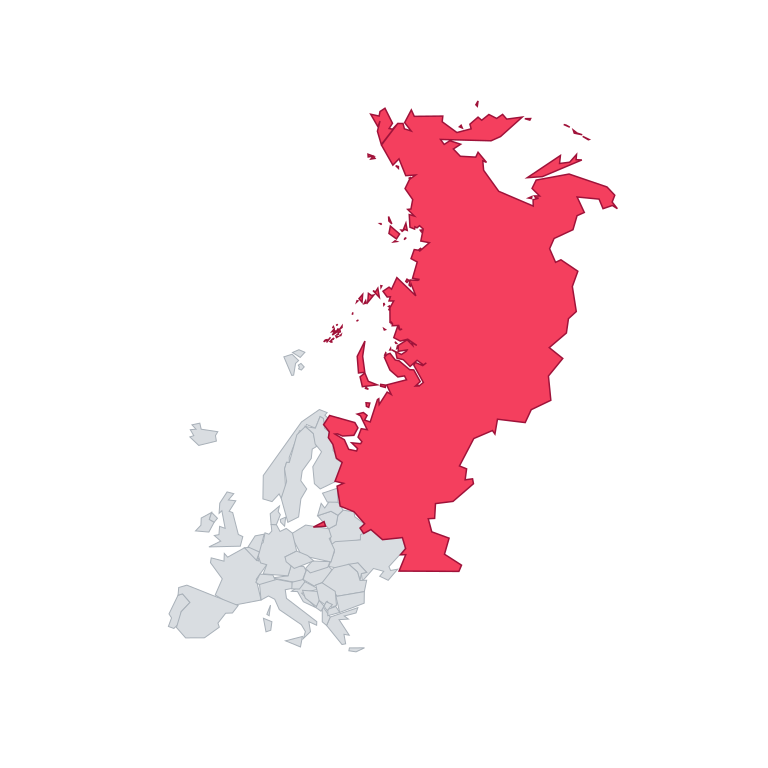 Europe, with Russia highlighted, rotated 287°
{"feature_id": "RUS", "entity_name": "Russia", "entity_type": "country or territory", "adm_level": 0, "iso_a3": "RUS", "parent_name": "Europe", "parent_adm1": "", "projection": "albers", "projection_center": [98.07, 61.527], "detail": "fine", "context": "in_parent", "style": "filled", "palette": "rose", "viewbox_px": 768, "rotation_deg": 287, "n_neighbors": 38, "source": "natural_earth", "source_scale": "50m", "svg_char_len": 13701}
<svg xmlns="http://www.w3.org/2000/svg" viewBox="0 0 768 768"><g transform="rotate(287 384 384)"><path d="M380.7,280.3L385.6,287.4L381.5,295.5L377.8,293.4L366.1,295.0L365.2,293.3L380.7,280.3ZM334.6,341.0L328.6,337.9L333.3,336.2L334.2,332.4L321.7,331.3L322.6,321.7L315.3,321.5L314.6,316.9L286.1,314.8L281.3,316.4L280.6,313.7L273.8,313.7L254.2,320.8L244.7,319.1L248.2,315.8L238.8,311.3L238.7,301.8L261.2,295.3L323.6,316.2L340.7,329.7L340.0,338.0L336.9,336.6L334.6,341.0ZM391.2,299.1L384.9,296.1L387.4,287.3L391.9,292.6L391.2,299.1ZM377.0,302.7L373.2,300.9L373.5,297.9L375.4,298.1L377.0,296.5L379.4,298.6L377.0,302.7Z" fill="#d9dde1" stroke="#a8b0b8" stroke-width="1"/><path d="M186.6,298.5L176.9,324.7L159.9,318.9L141.5,329.6L127.8,303.6L132.9,284.3L150.4,286.3L162.4,270.3L167.2,269.6L167.8,282.8L175.3,280.8L172.7,285.1L186.6,298.5ZM129.5,339.3L139.4,340.1L128.8,341.9L129.5,339.3Z" fill="#d9dde1" stroke="#a8b0b8" stroke-width="1"/><path d="M244.7,319.1L262.3,319.4L273.8,313.7L280.6,313.7L281.3,316.4L309.9,315.5L320.4,321.2L316.0,330.9L304.5,337.7L300.8,334.4L291.6,336.2L277.0,331.2L267.2,332.7L261.0,340.8L249.9,338.1L231.9,341.2L223.6,332.5L244.7,319.1Z" fill="#d9dde1" stroke="#a8b0b8" stroke-width="1"/><path d="M251.4,381.8L253.0,392.6L248.5,394.9L244.3,406.6L239.7,403.1L235.2,408.3L228.0,407.0L215.2,380.7L229.4,373.5L235.3,379.4L245.0,378.3L251.4,381.8Z" fill="#d9dde1" stroke="#a8b0b8" stroke-width="1"/><path d="M207.6,444.8L210.9,451.2L197.5,445.4L198.9,436.1L204.8,438.5L204.5,427.9L189.1,420.9L196.1,417.8L198.8,422.5L205.3,411.3L194.7,397.6L193.4,384.4L209.0,385.7L215.2,380.7L219.0,383.5L228.0,407.0L232.9,405.6L241.0,414.1L235.2,426.4L242.6,446.3L232.9,452.6L210.8,442.1L207.6,444.8Z" fill="#d9dde1" stroke="#a8b0b8" stroke-width="1"/><path d="M229.4,373.5L222.5,378.3L220.2,376.8L210.9,385.2L198.3,385.4L195.9,355.4L209.5,341.6L214.6,340.1L226.2,350.3L229.4,373.5Z" fill="#d9dde1" stroke="#a8b0b8" stroke-width="1"/><path d="M182.6,364.1L172.1,363.3L168.3,357.9L165.9,333.8L172.5,348.3L182.5,348.3L186.1,360.6L182.6,364.1Z" fill="#d9dde1" stroke="#a8b0b8" stroke-width="1"/><path d="M193.4,384.4L191.3,388.4L178.5,385.8L170.4,376.2L173.4,363.8L182.6,364.1L193.4,384.4Z" fill="#d9dde1" stroke="#a8b0b8" stroke-width="1"/><path d="M201.3,403.0L205.3,411.3L198.8,422.5L196.1,417.8L189.1,418.5L196.5,413.6L201.3,403.0Z" fill="#d9dde1" stroke="#a8b0b8" stroke-width="1"/><path d="M189.1,418.5L191.3,424.8L179.7,425.9L167.3,401.2L175.8,382.9L193.4,389.6L201.3,403.0L196.5,413.6L189.1,418.5Z" fill="#d9dde1" stroke="#a8b0b8" stroke-width="1"/><path d="M245.0,378.3L235.3,379.4L229.4,373.5L238.6,359.0L246.8,370.5L245.0,378.3Z" fill="#d9dde1" stroke="#a8b0b8" stroke-width="1"/><path d="M257.5,374.6L251.4,381.8L245.0,378.3L246.8,370.5L238.6,359.0L251.5,358.8L248.1,363.6L257.0,366.4L257.5,374.6Z" fill="#d9dde1" stroke="#a8b0b8" stroke-width="1"/><path d="M270.7,369.8L257.5,374.6L254.5,364.3L261.6,357.1L270.7,369.8Z" fill="#d9dde1" stroke="#a8b0b8" stroke-width="1"/><path d="M214.6,340.1L198.7,349.3L189.7,339.9L182.5,348.3L172.5,348.3L167.1,324.0L176.9,324.7L176.8,318.3L182.4,314.4L193.8,311.9L197.0,314.8L206.9,313.7L206.7,317.9L210.6,319.7L216.6,317.1L218.0,322.2L212.6,327.7L217.3,332.7L214.6,340.1Z" fill="#d9dde1" stroke="#a8b0b8" stroke-width="1"/><path d="M169.2,398.7L167.3,401.2L179.7,425.9L168.6,429.1L152.6,408.4L169.2,398.7Z" fill="#d9dde1" stroke="#a8b0b8" stroke-width="1"/><path d="M126.0,442.5L119.7,435.6L118.6,428.4L121.5,428.1L126.0,442.5ZM145.4,400.7L162.5,424.4L156.9,424.2L150.5,413.8L148.8,418.7L145.5,409.9L133.6,424.2L132.9,418.9L124.3,423.3L122.6,420.0L136.3,399.7L145.4,400.7Z" fill="#d9dde1" stroke="#a8b0b8" stroke-width="1"/><path d="M145.4,400.7L136.3,399.7L138.5,394.5L153.9,389.8L145.4,400.7Z" fill="#d9dde1" stroke="#a8b0b8" stroke-width="1"/><path d="M171.8,366.2L168.8,381.6L159.9,366.4L150.2,384.3L152.2,370.5L160.2,362.0L158.7,356.2L171.8,366.2Z" fill="#d9dde1" stroke="#a8b0b8" stroke-width="1"/><path d="M168.8,333.6L162.9,338.8L154.9,325.8L156.9,319.4L165.9,320.9L168.8,333.6Z" fill="#d9dde1" stroke="#a8b0b8" stroke-width="1"/><path d="M181.9,313.4L178.1,315.9L178.1,313.6L181.9,313.4Z" fill="#d9dde1" stroke="#a8b0b8" stroke-width="1"/><path d="M186.9,314.0L178.1,313.6L186.6,298.5L190.5,308.3L186.9,314.0Z" fill="#d9dde1" stroke="#a8b0b8" stroke-width="1"/><path d="M205.4,313.3L186.9,314.0L188.4,301.6L201.1,305.2L205.4,313.3Z" fill="#d9dde1" stroke="#a8b0b8" stroke-width="1"/><path d="M121.8,248.8L124.4,252.7L118.4,262.3L106.9,256.6L96.8,259.1L88.8,254.5L89.1,248.7L98.2,249.2L101.3,245.6L121.8,248.8Z" fill="#d9dde1" stroke="#a8b0b8" stroke-width="1"/><path d="M90.5,256.7L106.9,256.6L118.4,262.3L124.4,252.7L121.8,248.8L129.4,247.2L134.0,254.3L129.5,309.3L120.7,306.0L118.5,299.6L106.8,295.1L103.3,297.6L88.8,286.5L83.2,268.5L90.5,256.7Z" fill="#d9dde1" stroke="#a8b0b8" stroke-width="1"/><path d="M202.2,262.0L191.2,259.8L188.4,246.7L195.4,250.2L202.4,248.4L210.8,256.7L203.4,256.6L202.2,262.0Z" fill="#d9dde1" stroke="#a8b0b8" stroke-width="1"/><path d="M165.7,338.4L167.6,354.1L162.0,356.5L158.4,349.7L150.5,353.4L137.1,389.2L133.6,390.1L134.7,381.6L125.7,386.1L117.0,381.3L124.3,381.2L129.7,375.3L137.6,349.9L146.2,342.4L147.5,335.5L141.5,329.6L155.9,323.6L165.7,338.4ZM109.6,364.9L118.7,379.8L108.1,381.0L109.6,364.9ZM124.7,337.2L123.9,346.3L115.4,347.7L112.5,343.6L124.7,337.2Z" fill="#d9dde1" stroke="#a8b0b8" stroke-width="1"/><path d="M218.0,322.2L216.6,317.1L226.7,313.1L236.8,319.7L231.0,320.1L228.7,323.1L218.0,322.2ZM227.9,328.9L219.0,330.5L221.6,325.6L224.2,324.4L227.9,328.9Z" fill="#d9dde1" stroke="#a8b0b8" stroke-width="1"/><path d="M202.2,262.0L203.4,256.6L210.8,256.7L206.9,264.0L202.2,262.0ZM199.5,274.3L215.4,266.0L212.1,264.1L222.1,261.8L234.9,265.5L235.2,272.4L227.6,269.1L229.0,276.4L217.0,273.1L216.8,276.9L197.5,288.7L196.8,293.6L186.9,294.0L177.0,264.2L186.0,273.8L189.5,266.0L191.7,270.2L199.8,268.4L199.5,274.3Z" fill="#d9dde1" stroke="#a8b0b8" stroke-width="1"/><path d="M289.8,239.0L285.4,237.9L280.4,240.4L271.1,224.8L276.6,213.8L279.0,217.2L283.7,212.1L285.8,217.5L288.8,212.3L292.7,219.3L287.3,222.4L289.8,239.0Z" fill="#d9dde1" stroke="#a8b0b8" stroke-width="1"/><path d="M167.6,354.1L173.4,363.8L171.8,366.2L163.2,363.1L161.1,355.7L167.6,354.1Z" fill="#d9dde1" stroke="#a8b0b8" stroke-width="1"/><path d="M333.3,336.2L324.3,340.0L322.3,345.6L316.7,346.3L311.6,353.0L305.6,354.6L302.5,359.4L298.1,360.8L296.4,367.1L292.9,368.0L276.9,366.5L265.0,353.7L268.3,346.6L284.1,340.1L300.9,344.1L306.5,335.7L316.0,330.9L320.4,321.2L321.7,331.3L334.2,332.4L333.3,336.2Z" fill="#d9dde1" stroke="#a8b0b8" stroke-width="1"/><path d="M198.3,384.3L192.3,383.8L181.8,368.7L184.7,362.9L193.8,367.2L198.3,384.3Z" fill="#d9dde1" stroke="#a8b0b8" stroke-width="1"/><path d="M198.7,349.3L197.6,361.1L194.3,368.4L181.4,352.1L185.4,342.4L189.7,339.9L198.7,349.3Z" fill="#d9dde1" stroke="#a8b0b8" stroke-width="1"/><path d="M151.4,384.4L156.2,371.4L162.9,366.4L166.5,382.5L158.7,386.2L151.4,384.4Z" fill="#d9dde1" stroke="#a8b0b8" stroke-width="1"/><path d="M157.2,402.9L152.6,408.4L146.0,398.0L152.1,396.2L157.2,402.9Z" fill="#d9dde1" stroke="#a8b0b8" stroke-width="1"/><path d="M171.9,377.5L175.8,382.9L171.4,398.0L158.4,403.3L155.0,399.4L159.6,393.2L155.7,391.9L158.0,385.3L171.9,377.5Z" fill="#d9dde1" stroke="#a8b0b8" stroke-width="1"/><path d="M154.0,391.6L148.3,390.2L150.2,384.3L158.0,385.3L154.0,391.6Z" fill="#d9dde1" stroke="#a8b0b8" stroke-width="1"/><path d="M150.6,395.9L154.0,391.6L158.9,392.5L158.0,399.1L150.6,395.9Z" fill="#d9dde1" stroke="#a8b0b8" stroke-width="1"/><path d="M624.7,549.0L619.9,555.9L621.5,550.2L615.7,542.2L623.7,535.6L619.3,514.0L606.6,525.4L601.4,519.4L586.8,519.6L572.9,504.1L561.8,502.8L550.5,512.5L554.5,516.9L548.5,536.4L532.3,535.6L509.5,546.7L500.4,541.3L486.1,543.5L467.1,531.4L460.7,547.5L439.7,538.9L417.2,548.3L402.5,532.3L388.4,530.3L383.5,502.8L368.6,504.7L371.2,501.3L358.1,485.8L327.7,480.1L327.0,487.8L316.1,489.6L319.2,496.4L314.8,498.7L291.9,484.3L284.7,468.2L270.3,471.7L268.1,465.7L256.6,472.9L255.6,491.3L238.9,491.6L233.4,511.1L226.7,510.4L209.5,453.1L227.1,454.7L225.5,449.7L233.0,452.8L242.5,446.5L234.7,428.1L241.0,414.0L235.1,408.3L239.2,403.2L244.7,406.4L253.1,392.6L254.4,377.8L272.6,369.0L277.2,374.3L276.7,365.6L296.8,366.9L299.1,360.1L311.3,352.8L316.4,346.5L322.2,345.7L327.5,338.1L338.0,341.2L338.6,367.4L334.4,371.9L326.1,370.2L322.1,359.5L322.8,354.1L321.8,351.7L319.1,362.4L311.2,369.3L311.9,377.4L314.5,377.6L318.3,370.3L320.1,379.1L322.4,379.7L325.6,374.7L334.6,375.3L335.4,381.3L346.7,370.8L347.4,367.2L350.7,372.6L349.0,377.0L343.8,376.0L343.7,381.9L367.2,382.3L368.4,383.3L363.0,385.4L377.2,389.4L376.1,394.0L383.9,386.8L394.6,404.3L397.7,401.2L394.8,395.2L399.1,385.6L409.7,376.5L413.3,378.4L415.1,380.8L410.2,387.8L410.6,391.6L405.2,404.3L406.2,408.3L396.9,417.9L391.2,414.6L392.4,418.1L397.0,421.2L410.6,407.1L413.8,407.4L412.9,415.7L416.6,418.3L413.8,416.2L416.3,408.7L408.4,403.8L412.9,395.4L412.5,388.9L417.9,385.8L419.0,381.4L417.3,392.0L421.9,395.8L423.3,396.1L419.4,388.0L425.1,386.4L433.0,393.2L429.3,400.2L431.6,398.7L430.5,404.1L433.8,393.6L429.8,387.0L431.2,379.8L443.1,380.2L440.6,382.8L440.5,383.6L441.9,385.3L440.7,383.2L444.3,380.9L442.1,374.8L444.0,374.6L445.4,372.8L444.8,371.7L457.3,367.8L455.9,366.8L466.2,369.0L464.9,364.5L469.3,364.6L468.1,361.6L472.4,355.9L478.1,360.5L476.9,363.5L489.5,365.2L477.6,388.7L487.5,380.7L485.2,380.6L486.0,379.0L491.1,378.6L492.9,385.8L493.6,386.8L494.3,386.8L493.5,380.4L510.4,380.1L511.8,373.2L521.4,373.6L522.0,377.7L524.9,379.6L521.1,379.0L532.4,386.1L531.5,377.4L543.7,376.2L545.8,371.7L543.0,369.9L543.4,367.6L541.1,368.0L541.5,363.0L553.4,358.6L553.5,363.9L557.9,355.6L559.2,358.6L568.8,357.5L577.0,347.0L587.2,348.6L593.1,353.1L589.6,343.9L603.7,332.5L595.9,328.5L611.8,311.7L637.2,321.0L638.7,326.0L634.0,328.9L633.9,336.0L640.0,327.3L654.1,330.0L648.8,334.7L657.4,361.9L651.8,363.0L645.8,380.2L653.5,392.7L657.6,390.2L666.7,395.9L664.8,400.3L672.4,405.5L670.9,414.1L676.5,418.6L673.2,423.9L679.7,438.2L654.7,423.1L647.9,415.3L634.4,366.5L630.7,371.5L635.9,375.9L635.7,387.2L629.0,381.6L624.1,390.4L627.8,405.4L633.1,406.2L625.9,417.2L626.3,413.2L617.5,416.8L601.8,437.4L597.8,474.7L603.8,472.7L606.9,477.5L606.5,474.5L607.8,472.8L609.3,477.9L614.3,468.4L623.5,469.9L638.9,499.6L637.6,539.7L632.0,549.5L624.7,549.0ZM612.2,311.4L623.8,303.8L634.3,303.3L628.2,303.0L638.1,292.4L638.8,301.0L643.4,300.5L648.0,304.3L635.8,315.9L629.8,314.2L630.2,317.6L637.2,321.0L612.2,311.4ZM419.5,353.2L404.2,355.5L389.6,362.2L387.1,356.4L402.6,350.3L419.5,353.2ZM623.2,460.7L654.1,485.9L646.2,487.4L650.4,496.7L659.8,501.0L654.7,502.1L656.1,507.7L628.6,474.8L623.2,460.7ZM383.9,359.0L388.9,362.5L382.0,368.2L381.2,377.7L375.1,364.1L383.9,359.0ZM526.4,353.5L529.4,344.7L536.9,343.9L532.0,355.1L526.4,353.5ZM457.2,344.6L466.1,342.6L465.0,346.2L466.2,348.3L457.2,344.6ZM458.3,335.1L463.5,337.4L455.8,339.1L458.3,335.1ZM470.1,346.2L469.6,348.9L473.8,350.1L465.5,354.2L470.1,346.2ZM539.4,344.7L541.3,341.0L545.5,339.4L539.4,344.7ZM226.5,358.3L234.9,366.9L230.9,369.7L226.5,358.3ZM409.9,317.9L413.0,319.2L406.9,316.9L409.9,317.9ZM538.0,357.4L544.2,357.9L537.7,361.3L538.0,357.4ZM598.8,307.0L596.5,302.5L599.1,301.5L598.8,307.0ZM361.6,376.0L357.2,376.2L357.5,373.7L360.8,372.3L361.6,376.0ZM415.7,320.3L418.6,321.1L419.0,322.9L415.7,320.3ZM423.6,325.5L421.1,327.0L419.8,325.1L421.2,324.0L423.6,325.5ZM425.8,327.3L423.9,325.8L427.2,326.9L425.8,327.3ZM383.4,385.7L381.1,386.2L380.9,381.4L382.7,381.0L383.4,385.7ZM458.4,342.1L456.2,343.4L455.0,341.4L458.4,342.1ZM418.8,318.9L422.0,320.3L420.0,321.0L418.8,318.9ZM598.8,307.0L597.1,309.4L595.3,305.7L598.8,307.0ZM408.9,315.0L410.1,317.1L406.7,314.0L408.9,315.0ZM414.2,376.8L411.0,376.1L414.4,376.5L414.2,376.8ZM491.0,375.3L490.4,377.5L487.8,376.3L488.5,374.8L491.0,375.3ZM596.2,331.4L596.2,334.2L594.5,334.7L596.2,331.4ZM418.1,325.8L417.2,324.1L419.0,326.3L418.1,325.8ZM420.5,321.5L420.4,323.5L419.3,321.5L420.5,321.5ZM682.2,490.7L680.4,495.4L680.3,500.7L679.5,492.6L682.2,490.7ZM415.8,324.0L415.8,326.1L414.6,325.0L415.8,324.0ZM425.0,385.7L422.3,386.3L421.8,385.9L425.0,385.7ZM654.0,382.1L651.7,384.0L652.0,380.9L654.0,382.1ZM536.2,355.3L536.8,357.8L535.3,356.7L536.2,355.3ZM604.1,467.8L606.5,470.6L604.5,470.9L604.1,467.8ZM678.9,441.1L680.7,446.6L679.0,446.3L678.9,441.1ZM413.4,322.8L411.9,322.3L411.8,321.6L413.4,322.8ZM427.7,382.2L426.5,384.2L426.3,383.5L427.7,382.2ZM524.2,352.7L524.0,354.5L522.7,351.7L524.2,352.7ZM677.3,508.0L678.9,501.6L677.8,508.7L677.3,508.0ZM455.8,333.9L455.8,334.7L454.4,333.9L455.8,333.9ZM375.5,367.8L374.4,370.6L374.4,367.6L375.5,367.8ZM423.7,324.0L422.6,324.2L422.0,323.5L423.7,324.0ZM443.4,333.3L441.7,333.5L441.7,333.3L443.4,333.3ZM677.9,390.2L682.2,391.2L676.9,392.0L677.9,390.2ZM589.1,348.8L588.6,349.1L587.8,347.4L589.1,348.8ZM684.8,482.5L683.9,486.6L684.7,480.0L684.8,482.5ZM423.8,319.1L422.4,318.4L424.1,318.8L423.8,319.1ZM409.9,321.4L408.8,321.8L408.7,321.2L409.9,321.4ZM427.6,322.2L426.7,321.9L426.1,321.1L427.6,322.2ZM418.5,328.5L417.7,328.5L417.5,327.9L418.5,328.5ZM459.4,365.7L460.8,366.8L459.3,366.2L459.4,365.7ZM436.0,339.3L437.4,340.4L437.6,340.8L436.0,339.3ZM461.4,360.0L460.3,361.2L459.4,360.8L461.4,360.0ZM419.9,379.9L418.6,380.5L418.3,379.6L419.9,379.9ZM393.4,416.3L392.3,417.4L392.1,415.6L393.4,416.3ZM529.5,361.4L530.4,362.5L527.9,361.1L529.5,361.4ZM436.9,367.7L436.4,369.4L435.8,368.5L436.9,367.7ZM541.7,373.7L542.2,374.8L540.7,374.9L541.7,373.7ZM443.2,373.3L444.6,372.9L444.7,373.2L443.2,373.3ZM477.1,352.3L477.2,353.2L475.6,352.9L477.1,352.3ZM409.7,320.5L408.9,320.8L408.9,320.0L409.7,320.5ZM536.5,334.2L535.7,335.0L536.2,333.3L536.5,334.2Z" fill="#f43f5e" stroke="#9f1239" stroke-width="1.5"/></g></svg>